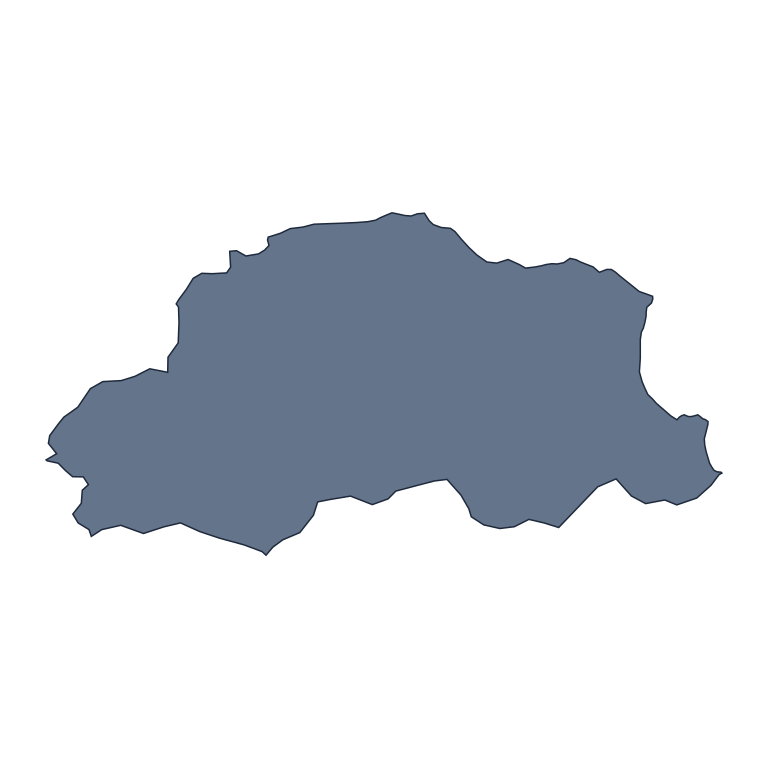 outline of Avdimou, Limassol, Cyprus, rotated 270°
{"feature_id": "46923920B67900362535840", "entity_name": "Avdimou", "entity_type": "district", "adm_level": 2, "iso_a3": "CYP", "parent_name": "Cyprus", "parent_adm1": "Limassol", "projection": "equal_earth", "projection_center": [32.763, 34.683], "detail": "fine", "context": "isolated", "style": "filled", "palette": "slate", "viewbox_px": 768, "rotation_deg": 270, "n_neighbors": 0, "source": "geoboundaries", "source_scale": "gbopen_adm2", "svg_char_len": 2347}
<svg xmlns="http://www.w3.org/2000/svg" viewBox="0 0 768 768"><g transform="rotate(270 384 384)"><path d="M294.9,721.9L295.8,721.1L296.2,717.0L297.7,714.0L300.9,711.8L304.8,709.6L309.4,708.2L316.5,706.1L323.2,704.7L329.2,704.3L337.1,706.3L343.5,707.9L346.5,708.0L348.5,705.2L349.3,702.7L351.9,699.6L353.2,697.8L352.3,694.9L351.4,691.2L351.5,688.1L353.2,684.3L352.3,681.6L350.7,679.2L348.2,677.0L351.9,671.1L355.2,667.2L358.4,663.6L361.1,660.4L364.8,656.2L368.9,652.6L373.5,647.8L380.4,644.6L386.3,642.1L396.1,639.4L409.8,640.3L416.9,640.3L428.4,640.3L436.0,641.4L439.7,643.3L446.1,645.0L451.9,646.1L456.0,646.2L460.7,646.8L465.0,651.5L469.0,652.8L471.7,652.6L471.8,652.3L473.8,646.9L476.5,639.2L483.9,630.0L491.9,620.0L495.9,615.4L498.5,611.4L498.6,606.9L495.7,599.3L501.1,593.1L503.8,586.1L506.1,580.3L508.3,576.0L509.6,570.0L505.3,563.8L504.0,557.0L504.3,551.9L503.5,546.2L502.3,541.7L501.0,535.0L499.9,525.5L503.5,519.2L508.5,508.1L504.9,496.7L506.0,486.9L512.9,477.0L520.4,469.0L529.4,460.8L536.5,454.9L539.7,450.4L540.5,441.3L543.4,433.3L547.1,429.3L554.8,424.4L554.2,417.4L552.0,411.1L552.5,404.7L553.7,399.4L555.2,392.0L552.5,385.4L550.2,380.1L547.8,375.6L546.3,367.7L545.5,357.2L544.8,342.1L544.4,330.1L543.8,314.0L540.9,302.8L539.4,290.2L534.8,280.6L530.9,268.2L528.1,267.5L522.5,269.0L517.9,264.6L514.1,258.5L512.0,245.9L517.3,236.5L516.7,229.7L500.8,230.6L495.1,226.6L494.3,212.3L494.7,201.8L489.7,193.2L478.6,186.3L468.6,178.9L464.1,176.2L461.0,178.5L445.4,179.0L425.1,178.2L410.8,168.0L395.7,167.7L399.2,149.8L391.7,135.0L387.4,121.2L386.4,102.8L379.4,90.4L360.8,77.8L350.8,63.8L344.0,58.3L332.4,49.7L324.6,48.4L314.3,56.6L308.1,46.1L307.2,47.0L304.8,58.2L297.4,65.5L291.3,72.6L291.1,83.3L283.3,88.4L277.8,82.3L264.7,81.3L253.9,72.8L245.0,78.2L238.4,89.0L231.6,91.3L238.4,101.8L242.7,120.7L234.5,143.5L241.1,163.7L245.1,180.5L236.4,199.8L229.8,219.6L223.1,244.1L216.4,262.1L212.8,266.0L220.9,272.9L228.2,282.8L235.4,299.8L252.7,313.4L266.1,317.7L268.5,330.0L271.9,350.5L263.4,372.3L269.1,388.1L276.9,395.8L281.7,413.9L287.0,434.2L288.6,447.0L272.8,461.0L259.3,468.8L251.2,471.3L243.1,483.8L239.5,499.9L241.3,514.4L248.6,528.9L245.1,543.9L240.5,558.7L281.2,597.7L289.1,616.1L272.0,631.4L264.4,645.6L268.0,664.8L263.1,676.8L270.0,696.8L282.7,711.0L293.4,719.1L294.9,721.9Z" fill="#64748b" stroke="#1e293b" stroke-width="1.5"/></g></svg>